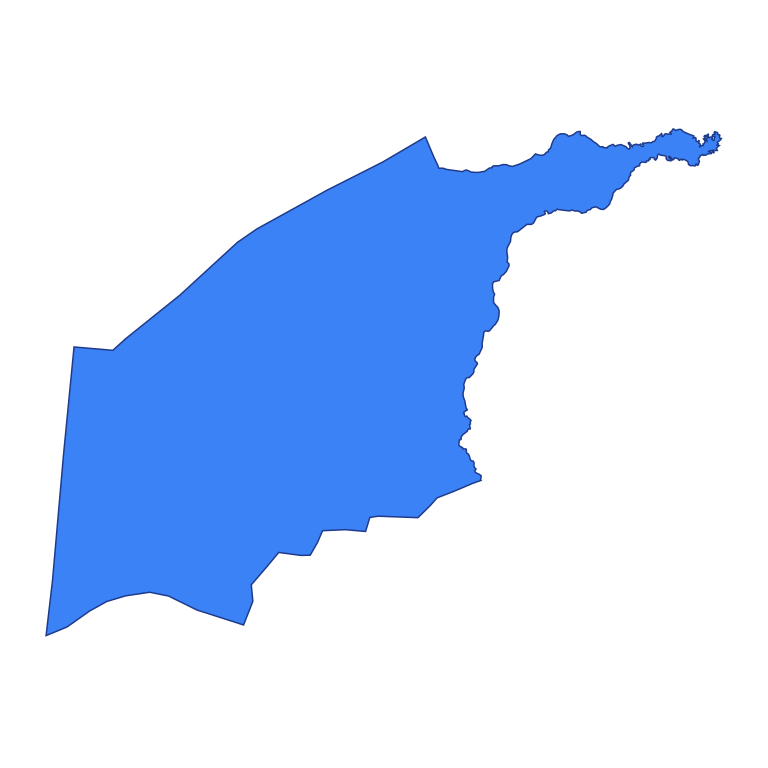 the district of Intan Jaya, Papua, Indonesia, rotated 95°
{"feature_id": "22746128B83440404091664", "entity_name": "Intan Jaya", "entity_type": "district", "adm_level": 2, "iso_a3": "IDN", "parent_name": "Indonesia", "parent_adm1": "Papua", "projection": "albers", "projection_center": [136.506, -3.409], "detail": "fine", "context": "isolated", "style": "filled", "palette": "blue", "viewbox_px": 768, "rotation_deg": 95, "n_neighbors": 0, "source": "geoboundaries", "source_scale": "gbopen_adm2", "svg_char_len": 6050}
<svg xmlns="http://www.w3.org/2000/svg" viewBox="0 0 768 768"><g transform="rotate(95 384 384)"><path d="M471.5,278.8L470.3,279.6L468.7,279.2L466.8,279.3L465.5,281.6L464.8,283.9L463.6,285.8L462.3,285.8L460.7,284.9L459.5,286.4L457.9,287.2L454.4,287.5L453.1,288.3L452.8,290.5L451.6,291.5L448.3,292.7L446.5,293.8L445.6,295.5L444.8,296.0L442.2,296.2L441.5,296.8L441.8,299.8L440.7,300.0L438.9,303.8L437.5,304.2L433.2,304.0L432.6,302.5L431.8,302.3L430.6,302.7L427.9,301.3L423.6,296.8L422.3,296.6L421.4,295.8L421.4,294.4L420.9,294.1L417.1,295.3L416.3,294.4L414.2,294.8L412.9,294.1L412.0,294.7L410.2,297.6L408.8,298.7L409.2,300.3L408.9,300.9L406.7,301.4L406.0,302.2L404.9,301.8L404.1,300.7L403.1,300.1L403.1,299.2L402.3,298.8L400.5,300.2L393.9,302.0L389.7,303.9L386.5,304.5L381.1,303.7L377.3,304.5L372.1,303.1L370.3,301.6L370.1,299.6L366.1,296.3L364.0,295.5L361.7,295.8L355.9,292.7L354.9,292.9L353.2,295.1L351.7,295.7L349.8,295.3L348.0,294.3L345.9,291.8L338.7,289.3L335.1,289.8L327.3,289.1L323.9,289.1L322.6,288.0L322.1,286.6L322.5,284.9L321.7,283.4L316.3,279.8L314.9,278.3L310.7,276.2L306.7,275.5L302.9,275.5L300.4,275.9L297.8,277.3L295.4,280.0L293.1,282.0L287.5,282.4L285.0,281.6L282.8,283.1L279.1,284.2L275.1,284.6L272.7,283.8L270.8,278.3L266.2,276.7L264.3,274.3L261.0,271.9L255.3,269.7L253.5,270.0L251.7,271.9L246.8,271.9L241.2,273.2L237.8,273.2L230.9,270.4L226.9,270.4L223.7,269.6L221.5,267.9L220.6,264.1L212.5,255.5L212.1,250.9L210.3,248.9L205.4,246.9L204.2,246.0L202.8,242.1L201.0,238.6L199.9,238.2L198.4,239.3L197.6,238.7L197.4,237.3L197.8,236.4L200.0,235.0L199.0,232.3L196.5,229.7L196.5,228.3L194.7,226.6L195.0,225.8L195.4,215.9L195.3,213.8L194.3,212.3L195.1,208.0L194.6,206.4L195.7,203.0L196.7,202.2L195.3,197.7L194.1,197.2L192.9,195.8L192.5,194.8L192.5,193.9L190.4,192.3L189.5,189.9L189.1,187.9L190.6,184.6L191.0,183.1L191.0,180.6L189.3,178.4L187.2,176.5L184.6,174.7L183.0,174.7L179.8,173.2L178.9,173.3L176.5,172.5L174.3,172.6L171.3,170.5L169.8,169.2L169.3,167.1L167.9,164.9L165.6,163.0L163.9,162.4L159.6,158.2L156.5,157.9L155.6,157.6L155.1,156.8L154.4,156.5L153.5,156.9L151.1,156.4L150.3,154.9L148.8,153.5L147.1,153.5L145.7,151.7L144.6,149.5L144.5,148.7L144.0,148.3L142.5,148.6L140.8,147.0L140.3,146.1L140.5,143.2L139.9,141.8L139.1,142.1L138.6,141.2L138.6,140.0L137.2,139.6L137.5,139.2L137.1,138.6L135.4,138.6L135.1,137.7L135.1,134.9L135.8,134.3L136.6,134.2L136.7,133.2L137.2,133.1L136.8,132.5L135.0,131.6L132.2,131.4L131.1,130.6L131.1,129.8L131.9,128.7L132.1,124.0L132.8,122.8L134.0,122.5L135.0,122.6L136.5,120.9L136.6,118.0L136.4,117.2L135.8,117.0L135.2,117.2L134.3,119.3L132.7,120.1L132.3,119.8L132.3,119.2L133.7,117.5L135.6,116.0L135.1,114.9L133.4,114.5L133.4,113.5L134.3,110.1L135.3,109.7L135.4,109.0L134.3,108.2L134.4,107.4L134.9,106.6L134.8,106.1L134.0,105.8L134.3,104.0L135.6,101.2L136.3,100.5L138.6,99.8L139.4,98.9L139.8,97.7L139.5,95.5L139.7,93.3L139.1,92.6L138.0,92.5L137.5,92.2L137.7,91.6L138.7,91.0L138.7,90.5L138.2,90.0L134.6,89.2L132.4,90.5L131.5,90.2L131.1,89.5L130.3,89.1L129.0,89.0L128.4,87.5L127.8,87.1L127.6,86.6L128.4,85.6L128.0,84.8L128.1,83.8L127.9,83.1L127.2,82.7L126.2,80.3L126.0,78.2L125.5,78.0L124.1,79.2L124.4,80.4L124.2,81.0L123.6,80.7L122.5,77.0L124.3,77.2L125.0,75.8L124.3,75.4L123.2,76.2L122.7,75.8L122.3,72.4L120.5,73.3L118.5,72.3L117.3,70.8L116.8,73.0L115.7,71.9L114.4,73.1L111.4,70.0L110.0,69.3L109.9,70.9L108.8,71.4L106.9,71.1L106.5,71.8L106.7,72.4L106.3,73.1L104.8,73.5L104.2,74.3L103.9,76.6L104.5,77.0L106.3,75.8L106.7,77.8L107.3,78.4L108.0,78.5L108.6,78.1L108.5,76.0L108.9,75.8L109.5,75.8L110.3,76.5L112.3,76.4L112.7,77.1L111.9,78.6L110.2,78.3L109.2,78.7L109.5,80.0L110.3,81.1L109.6,82.0L108.8,82.7L108.2,82.8L107.5,82.5L106.9,82.8L108.1,84.2L108.6,86.2L109.4,86.7L110.0,86.3L110.1,85.6L109.6,85.1L109.3,83.9L109.5,83.1L110.0,82.9L111.3,84.0L112.4,84.2L113.3,83.4L113.9,83.4L113.0,84.6L111.9,84.9L111.5,85.5L111.5,86.2L112.0,87.1L113.8,85.4L115.2,85.4L116.8,86.3L117.2,87.1L117.8,86.7L118.7,86.9L118.7,88.1L119.1,89.2L120.0,89.6L120.2,90.2L118.1,89.8L117.2,90.1L116.6,91.4L114.4,91.2L114.1,91.7L115.2,92.6L115.3,93.6L114.7,94.3L112.0,94.6L111.4,95.1L112.1,97.5L110.3,96.9L109.8,97.1L108.8,101.2L106.5,107.9L104.8,109.7L104.5,110.6L104.7,112.8L106.0,115.4L104.7,117.6L105.0,118.6L107.1,119.4L108.3,121.1L109.2,120.0L110.1,119.7L110.1,122.2L110.5,122.7L110.1,124.8L110.7,126.4L112.0,126.7L113.3,127.7L113.2,128.7L111.7,128.6L110.4,129.4L112.8,131.5L113.4,133.1L114.4,134.2L115.3,134.0L117.8,135.1L118.8,136.1L119.1,137.2L120.5,138.9L120.3,141.3L121.3,144.6L121.3,147.0L122.5,147.5L123.6,146.3L124.3,146.3L125.0,147.3L124.6,148.6L122.6,149.2L123.9,151.4L123.1,152.9L123.5,154.8L124.4,156.7L126.0,157.3L122.1,160.5L122.3,161.5L123.3,161.5L124.7,160.1L127.6,159.4L128.6,160.2L128.4,161.6L126.4,163.8L124.8,169.0L126.1,173.0L127.1,174.6L125.5,176.3L125.4,177.1L126.5,178.8L126.8,179.9L128.6,182.1L129.2,182.3L129.5,185.7L128.5,186.6L128.9,189.0L128.6,189.9L125.8,193.5L124.4,196.3L122.2,199.3L120.5,203.0L119.1,204.8L118.7,206.2L119.4,208.5L118.3,210.3L115.4,210.5L115.4,211.7L116.3,214.1L119.0,217.1L120.4,219.6L121.1,221.9L119.7,223.6L119.1,226.2L119.4,230.2L121.4,233.2L125.6,236.2L130.4,237.8L134.4,238.5L136.4,240.5L138.3,240.6L139.0,242.4L141.5,244.3L142.3,246.2L142.5,249.1L141.6,253.2L146.7,257.3L153.2,268.3L156.1,275.1L155.7,278.9L154.8,280.8L155.0,284.5L156.6,288.7L157.2,294.0L158.0,295.1L159.1,295.1L159.7,297.9L163.6,302.5L163.8,304.3L164.8,307.5L165.2,310.8L165.3,315.8L164.6,317.3L163.6,320.5L164.4,322.7L165.6,324.0L164.8,340.3L163.9,343.6L164.2,348.4L161.2,349.6L153.6,354.1L134.3,364.3L162.9,404.5L195.8,457.5L240.7,524.3L255.6,542.3L313.4,595.2L361.2,645.1L374.1,657.1L374.1,696.0L482.7,697.1L608.2,697.1L664.1,698.7L653.6,678.5L635.9,657.6L624.9,641.4L617.6,623.1L611.9,599.6L614.0,580.2L625.5,550.5L636.3,502.9L611.9,495.7L595.6,498.7L577.3,485.5L561.0,474.2L562.0,451.8L561.0,442.6L547.8,436.5L535.5,432.4L532.5,409.9L532.5,389.5L518.2,386.5L516.2,378.3L514.2,338.5L501.0,327.3L492.8,321.2L484.7,304.8L475.5,287.5L471.5,278.8Z" fill="#3b82f6" stroke="#1e3a8a" stroke-width="1.5"/></g></svg>